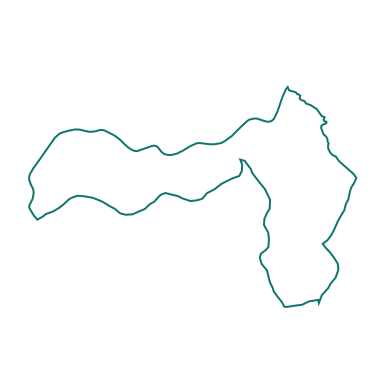 Tanchon City, Hamgyŏng-namdo, North Korea, rotated 273°
{"feature_id": "82179303B77244062124892", "entity_name": "Tanchon City", "entity_type": "district", "adm_level": 2, "iso_a3": "PRK", "parent_name": "North Korea", "parent_adm1": "Hamgyŏng-namdo", "projection": "mercator", "projection_center": [128.863, 40.784], "detail": "fine", "context": "isolated", "style": "outline", "palette": "teal", "viewbox_px": 384, "rotation_deg": 273, "n_neighbors": 0, "source": "geoboundaries", "source_scale": "gbopen_adm2", "svg_char_len": 2657}
<svg xmlns="http://www.w3.org/2000/svg" viewBox="0 0 384 384"><g transform="rotate(273 192 192)"><path d="M105.5,274.8L100.0,277.8L96.9,278.9L92.7,282.3L87.5,286.9L82.3,290.3L82.2,292.6L83.1,297.2L84.1,301.8L85.0,307.6L88.9,314.5L90.8,323.7L87.8,324.5L95.8,327.1L102.9,332.9L107.9,335.3L114.0,339.9L122.2,342.3L128.3,341.2L134.6,336.6L139.8,332.1L143.0,328.7L147.1,325.2L151.1,329.9L156.2,333.3L161.3,335.7L170.4,339.2L177.5,342.7L181.6,345.0L187.7,346.2L192.8,348.5L200.9,349.7L205.0,350.9L209.1,353.2L212.1,354.4L214.8,355.4L218.9,351.9L230.0,337.8L231.4,336.5L235.0,333.7L236.4,330.2L238.6,328.0L242.4,325.8L245.3,325.4L247.6,325.9L249.4,324.8L251.8,324.5L254.0,323.3L256.8,320.2L262.4,317.7L264.7,317.7L265.6,318.4L267.9,322.6L269.2,322.5L269.7,320.6L271.0,319.6L272.9,320.5L273.9,320.3L274.5,317.6L281.1,312.5L284.8,306.3L285.4,304.5L286.4,301.1L288.6,299.6L289.8,295.6L291.2,294.6L294.0,295.0L295.2,293.2L295.0,292.2L297.0,290.4L298.3,284.8L298.6,283.6L301.8,282.1L299.9,280.6L291.8,277.4L277.0,273.2L269.0,269.8L267.2,267.8L266.4,265.9L266.1,263.8L266.8,259.9L268.6,253.7L268.7,251.4L268.4,249.3L267.2,245.3L265.5,243.1L259.8,237.6L250.0,228.8L244.7,222.2L243.2,220.1L242.3,218.2L240.9,212.1L240.6,207.7L241.3,196.9L240.9,194.2L237.8,188.0L232.0,179.5L231.0,177.3L229.6,175.2L228.3,170.9L227.6,166.9L228.3,162.8L229.4,160.9L230.8,159.1L235.0,155.5L236.2,153.4L236.3,151.3L235.8,149.4L229.9,135.0L230.0,132.9L230.5,130.8L232.5,126.9L235.6,122.8L240.6,117.2L242.7,114.2L243.4,113.1L244.7,110.9L247.4,104.7L248.7,101.9L249.1,100.1L249.2,97.8L248.7,95.5L247.2,91.2L246.8,87.0L246.9,84.9L248.4,76.6L248.4,72.2L246.9,66.1L245.5,61.7L243.9,57.7L242.6,55.8L238.8,52.1L210.0,34.1L208.0,32.6L201.7,29.4L199.6,28.7L197.5,28.6L195.4,28.9L191.1,30.6L188.9,31.9L187.0,33.0L184.9,33.7L182.8,33.9L178.5,33.5L176.5,33.1L170.5,30.4L168.4,30.1L166.5,31.0L164.9,32.1L160.2,35.3L156.3,39.0L159.4,43.9L162.4,47.4L165.3,54.3L169.3,60.2L173.3,64.8L178.3,69.5L180.3,73.0L182.2,77.6L182.1,84.6L180.9,93.8L177.6,103.1L173.3,111.1L171.2,115.7L166.9,121.5L165.8,127.3L166.7,134.2L168.6,137.7L172.6,145.8L177.6,150.5L180.6,155.1L183.6,157.4L187.6,160.9L189.6,165.6L188.4,171.3L187.2,178.2L185.1,182.8L182.9,190.9L183.8,196.7L185.7,202.5L191.7,207.1L195.7,214.1L201.7,221.0L207.6,231.4L210.5,238.4L215.6,240.7L218.7,240.7L221.8,240.7L226.9,238.5L225.8,243.1L221.6,246.5L217.5,249.9L214.4,251.0L210.2,254.5L205.0,259.0L198.7,264.7L188.3,270.4L182.2,270.4L179.1,270.3L175.0,268.0L168.9,265.7L162.8,265.6L155.5,270.2L149.3,271.3L141.1,271.2L138.1,268.9L134.1,264.2L130.0,263.1L123.8,265.3L117.6,271.0L106.2,274.4L105.5,274.8Z" fill="none" stroke="#0f766e" stroke-width="2"/></g></svg>